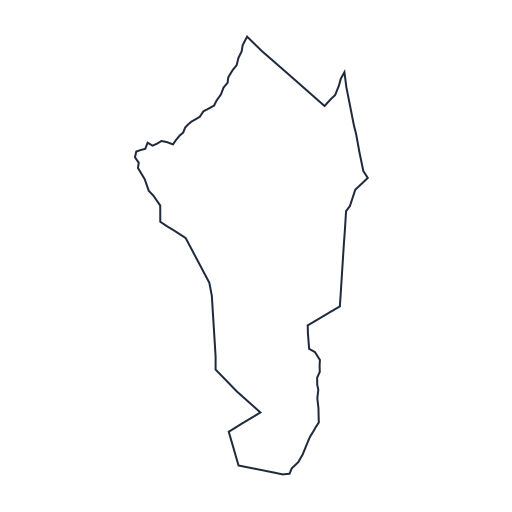 outline of Limoeiro, Pernambuco, Brazil, rotated 177°
{"feature_id": "56859067B67992367076064", "entity_name": "Limoeiro", "entity_type": "district", "adm_level": 2, "iso_a3": "BRA", "parent_name": "Brazil", "parent_adm1": "Pernambuco", "projection": "equal_earth", "projection_center": [-35.441, -7.838], "detail": "fine", "context": "isolated", "style": "outline", "palette": "slate", "viewbox_px": 512, "rotation_deg": 177, "n_neighbors": 0, "source": "geoboundaries", "source_scale": "gbopen_adm2", "svg_char_len": 1373}
<svg xmlns="http://www.w3.org/2000/svg" viewBox="0 0 512 512"><g transform="rotate(177 256 256)"><path d="M174.9,201.3L173.6,212.1L167.6,263.6L165.9,277.1L163.7,296.1L159.6,301.0L153.4,317.0L140.3,328.1L144.4,335.3L147.3,354.3L149.7,373.0L151.3,380.7L154.3,401.7L156.9,419.6L158.1,434.9L162.0,428.7L164.3,421.8L168.6,412.5L172.6,409.2L179.7,402.2L215.2,436.9L239.5,460.4L253.4,475.5L258.3,467.2L259.6,461.1L263.2,454.7L265.3,447.7L269.7,442.7L274.3,436.0L275.3,430.5L279.6,425.9L282.5,419.3L287.3,413.2L290.0,408.4L297.0,405.0L300.9,403.3L304.8,398.0L309.4,395.6L313.4,393.6L316.7,391.1L320.0,388.0L322.3,383.0L325.7,380.5L329.5,376.4L333.1,371.8L339.0,374.4L344.4,375.8L349.1,373.3L353.5,371.6L358.3,374.8L361.0,368.8L365.5,367.9L370.1,366.6L371.7,360.9L368.2,355.2L369.3,350.1L363.1,338.5L359.7,326.7L355.3,321.6L349.0,311.4L349.8,295.2L343.4,290.4L337.6,286.5L331.2,281.9L325.3,277.6L304.0,231.7L302.2,218.5L301.6,157.7L302.3,144.7L293.7,134.9L282.3,121.8L259.8,99.5L279.2,89.2L292.4,81.9L284.4,47.7L273.0,44.8L261.9,42.0L240.7,36.5L233.9,36.8L231.4,42.1L224.6,47.9L219.7,55.5L216.3,62.8L211.7,72.4L207.8,78.0L205.3,82.0L202.0,86.4L201.8,94.8L201.6,100.7L202.2,110.9L200.8,119.0L201.6,124.4L201.3,131.3L198.4,136.9L198.2,143.6L197.6,148.8L202.2,157.0L207.8,160.5L208.2,175.9L208.0,184.0L186.3,195.4L174.9,201.3Z" fill="none" stroke="#1e293b" stroke-width="2"/></g></svg>